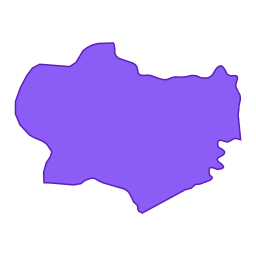 Krapinsko-Zagorska, Albers equal-area conic projection
{"feature_id": "HRV-1582", "entity_name": "Krapinsko-Zagorska", "entity_type": "County", "adm_level": 1, "iso_a3": "HRV", "parent_name": "Croatia", "parent_adm1": "", "projection": "albers", "projection_center": [16.026, 46.085], "detail": "fine", "context": "isolated", "style": "filled", "palette": "violet", "viewbox_px": 256, "rotation_deg": 0, "n_neighbors": 0, "source": "natural_earth", "source_scale": "10m", "svg_char_len": 1867}
<svg xmlns="http://www.w3.org/2000/svg" viewBox="0 0 256 256"><path d="M86.4,48.2L87.6,47.3L92.8,44.8L98.1,43.5L113.4,43.0L114.2,45.1L114.8,49.5L114.8,53.3L116.1,56.0L118.6,58.3L133.1,63.2L135.2,64.7L136.8,66.6L137.6,70.0L138.0,72.5L139.0,74.1L140.5,75.1L143.7,75.4L148.4,75.2L151.2,75.7L160.7,79.1L164.4,79.7L167.4,79.5L171.3,77.8L173.5,77.2L175.9,76.9L180.8,77.2L186.0,76.8L190.8,75.6L193.3,75.5L196.4,75.8L201.3,77.9L207.4,78.0L209.4,77.2L211.4,75.9L213.1,73.9L215.8,69.3L217.5,67.2L219.8,65.9L221.8,66.0L223.9,68.2L225.2,70.3L227.0,74.0L229.0,75.4L231.5,75.9L235.7,75.6L237.0,76.3L237.6,78.0L235.9,84.1L235.9,86.8L237.5,90.4L239.8,94.8L240.0,95.4L240.3,97.2L240.3,99.7L238.9,106.3L238.7,110.6L238.1,114.6L240.6,139.7L235.9,138.4L235.3,138.4L234.8,138.5L233.4,139.0L228.7,141.7L227.6,141.9L226.2,141.8L221.3,140.3L219.7,140.3L218.5,141.0L217.6,142.6L217.8,145.4L218.5,146.9L219.5,147.9L221.4,148.8L222.6,149.7L223.6,150.5L224.6,151.8L224.5,153.2L223.4,154.8L218.3,157.7L217.1,158.8L217.7,160.7L218.3,161.6L221.4,163.9L222.4,165.0L223.4,166.3L223.4,167.4L222.4,168.4L219.1,169.2L217.6,169.3L216.5,169.2L214.4,168.2L213.1,167.8L211.7,167.6L210.6,167.6L210.0,167.7L209.6,168.4L209.2,169.5L209.0,172.4L209.3,173.9L209.8,175.1L211.6,176.7L212.1,177.3L212.3,177.9L211.3,179.1L210.3,180.1L200.2,184.0L195.3,184.5L191.3,188.1L184.9,189.9L142.3,213.0L139.0,211.4L137.8,209.2L137.7,206.5L137.2,205.2L133.5,201.8L132.1,198.4L128.9,192.5L126.8,190.5L124.1,188.9L103.0,182.8L98.6,180.8L95.8,179.1L93.8,178.2L91.1,178.2L85.3,180.3L80.9,183.6L73.9,184.9L49.9,182.9L44.0,182.7L43.6,172.6L46.3,162.7L50.3,156.8L51.8,151.7L50.0,149.0L47.0,144.4L42.9,141.3L33.5,137.3L29.3,134.8L26.7,132.0L20.0,124.8L15.4,113.8L15.5,101.5L20.4,87.7L26.7,75.7L28.0,74.0L32.5,68.0L39.7,64.3L45.4,64.7L69.6,66.6L76.1,62.4L82.9,50.9L86.4,48.2Z" fill="#8b5cf6" stroke="#5b21b6" stroke-width="1.5"/></svg>